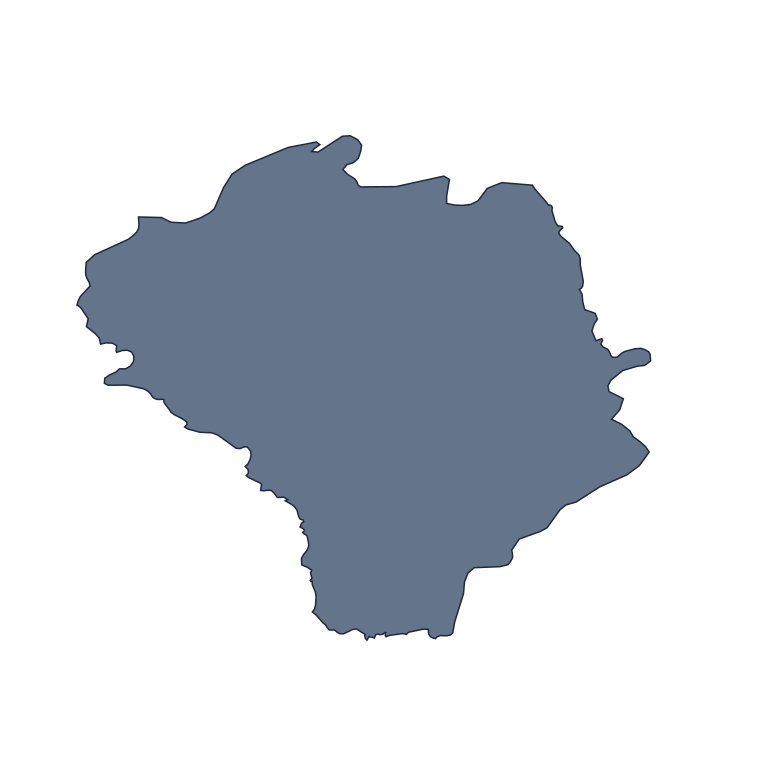 the Voivodeship of Lublin, rotated 156°
{"feature_id": "POL-3151", "entity_name": "Lublin", "entity_type": "Voivodeship", "adm_level": 1, "iso_a3": "POL", "parent_name": "Poland", "parent_adm1": "", "projection": "equal_earth", "projection_center": [23.045, 51.304], "detail": "fine", "context": "isolated", "style": "filled", "palette": "slate", "viewbox_px": 768, "rotation_deg": 156, "n_neighbors": 0, "source": "natural_earth", "source_scale": "10m", "svg_char_len": 3915}
<svg xmlns="http://www.w3.org/2000/svg" viewBox="0 0 768 768"><g transform="rotate(156 384 384)"><path d="M440.5,130.5L442.0,131.5L444.2,134.0L444.9,137.3L443.3,141.9L447.9,144.1L462.4,147.2L465.6,146.2L468.2,148.3L480.8,152.0L485.1,152.3L485.1,153.9L483.6,156.2L484.2,156.7L487.1,155.8L489.7,156.7L491.5,158.1L493.4,158.4L496.2,155.8L497.0,156.9L499.0,158.2L500.3,159.4L503.7,156.9L504.5,158.8L504.0,161.9L503.1,162.8L508.8,171.5L512.8,172.5L522.4,172.2L526.2,174.0L527.6,176.0L528.6,178.1L529.8,179.7L531.7,180.4L534.2,181.7L535.0,184.7L535.3,187.6L537.0,190.8L539.9,200.5L542.2,204.8L539.0,206.7L536.4,210.0L532.6,217.1L531.3,221.8L531.1,230.1L529.8,233.0L530.6,233.2L531.0,233.2L531.1,233.6L531.2,234.7L528.8,235.8L528.0,241.4L525.7,243.5L528.9,248.1L532.7,252.1L530.5,258.1L526.6,261.1L522.3,263.2L518.9,266.3L518.0,268.1L517.2,270.9L516.1,276.8L516.8,278.1L518.2,279.9L518.7,281.5L516.8,282.2L516.0,282.9L516.7,284.6L517.9,286.4L518.9,287.5L516.3,290.0L515.1,290.6L513.3,290.8L513.3,292.8L515.6,294.7L515.9,297.2L514.8,304.2L515.5,307.9L517.3,311.5L521.8,317.5L520.4,317.6L519.0,317.5L521.6,321.5L524.8,322.5L527.6,323.8L528.4,327.3L528.8,328.9L530.2,332.5L533.4,334.2L537.1,335.3L540.0,336.9L536.8,342.0L537.2,343.6L545.5,353.3L547.2,356.4L544.8,357.3L543.4,359.1L543.1,361.7L544.4,365.2L540.7,366.4L537.1,369.4L534.3,373.2L533.2,376.7L534.5,382.2L537.8,383.5L541.7,383.5L545.2,385.4L556.6,405.0L561.2,409.5L571.7,414.7L581.4,422.6L583.7,425.8L580.4,427.2L579.6,429.6L582.7,434.7L588.1,441.3L589.9,444.8L592.3,455.7L592.3,457.3L591.5,459.3L593.0,460.4L595.6,461.2L598.1,462.6L600.4,465.3L601.0,467.5L601.2,469.8L602.4,473.2L605.4,477.3L619.4,487.6L636.5,495.1L639.2,498.4L636.7,502.9L630.5,503.9L623.7,504.0L619.5,505.5L614.0,503.0L608.4,503.6L603.7,506.5L601.2,511.0L601.6,515.9L604.7,519.2L609.5,521.1L615.3,521.6L615.3,523.2L612.6,527.8L615.5,531.8L621.2,534.6L626.7,535.7L625.5,541.6L627.1,547.1L632.4,557.2L632.5,557.4L627.7,564.0L629.9,576.4L631.4,579.9L632.5,580.6L632.2,581.2L629.7,584.2L625.8,587.5L612.6,593.1L612.0,596.3L612.4,601.3L612.1,604.7L611.2,607.5L606.7,616.1L595.9,619.8L558.6,620.2L551.5,622.0L547.9,623.5L545.2,625.7L542.9,629.5L540.4,636.5L540.2,636.4L519.6,626.6L512.9,618.5L499.9,611.8L484.7,610.4L473.0,611.3L467.6,613.2L450.6,628.8L437.3,637.6L421.7,640.3L375.4,639.1L347.3,632.6L345.3,628.7L352.3,627.3L355.5,625.8L350.0,622.7L321.3,627.3L314.0,624.6L308.7,617.9L307.3,611.4L310.7,606.0L315.8,600.5L322.3,598.7L328.7,599.4L334.3,596.7L332.0,590.4L327.1,583.0L326.6,579.4L326.8,575.9L325.0,573.5L292.6,559.4L244.8,549.6L241.0,544.3L250.4,530.1L253.3,523.5L246.8,518.8L239.5,515.2L231.7,512.8L223.6,513.1L210.0,520.7L194.6,520.1L167.6,505.3L166.6,499.7L161.6,483.8L161.2,481.4L160.8,480.5L159.8,480.0L158.9,479.3L158.4,477.8L158.7,476.2L159.2,475.4L159.7,475.0L160.0,474.1L161.6,462.9L161.0,457.8L157.2,455.6L157.2,453.8L158.7,453.6L160.5,452.9L162.1,451.8L163.0,450.3L162.2,446.8L157.3,436.8L155.7,428.5L153.9,423.9L153.4,421.8L153.8,418.8L154.6,416.6L156.3,412.8L160.2,396.7L162.7,392.6L164.6,391.3L166.9,391.0L166.5,385.6L169.1,377.8L170.4,370.4L162.3,362.6L162.7,356.4L167.6,353.3L172.5,347.9L172.8,337.3L166.6,336.8L166.6,335.1L169.7,332.2L169.0,329.0L165.4,324.5L165.0,320.8L165.2,317.9L164.4,315.6L161.3,314.0L159.4,313.8L154.3,315.5L150.7,315.8L140.3,314.1L134.6,312.0L131.6,309.2L129.1,305.8L128.8,303.1L131.0,296.6L138.4,295.0L145.6,297.3L160.5,299.2L175.0,295.2L180.1,291.4L181.5,285.5L171.3,273.2L179.2,264.5L190.5,259.2L183.4,250.7L178.5,241.2L177.8,234.4L173.8,227.6L170.6,220.5L169.4,214.0L183.8,205.6L199.3,202.2L228.7,202.3L256.6,198.0L266.9,199.5L274.0,197.7L293.4,186.4L301.2,185.7L323.5,187.4L334.9,180.3L335.8,176.4L337.1,173.2L340.5,170.4L344.2,168.5L352.5,170.0L376.3,179.5L384.2,177.2L390.9,170.5L396.7,160.0L416.0,138.1L422.5,128.6L425.2,127.7L428.9,128.4L435.3,131.4L438.9,131.3L440.5,130.5Z" fill="#64748b" stroke="#1e293b" stroke-width="1.5"/></g></svg>